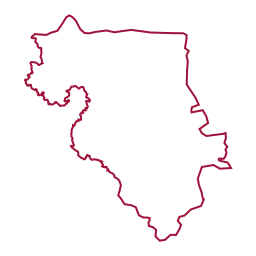 Kolokani, Koulikoro, Mali
{"feature_id": "8926073B69551700582235", "entity_name": "Kolokani", "entity_type": "district", "adm_level": 2, "iso_a3": "MLI", "parent_name": "Mali", "parent_adm1": "Koulikoro", "projection": "mercator", "projection_center": [-8.433, 13.688], "detail": "fine", "context": "isolated", "style": "outline", "palette": "rose", "viewbox_px": 256, "rotation_deg": 0, "n_neighbors": 0, "source": "geoboundaries", "source_scale": "gbopen_adm2", "svg_char_len": 4370}
<svg xmlns="http://www.w3.org/2000/svg" viewBox="0 0 256 256"><path d="M34.7,34.1L34.0,35.0L32.4,36.2L32.2,36.3L31.9,36.8L31.6,37.6L31.7,37.9L32.2,38.1L33.8,38.2L35.1,38.1L35.8,38.7L35.6,40.8L35.2,41.8L36.9,43.3L37.7,44.7L37.6,46.3L39.1,47.9L41.1,48.0L41.4,48.6L41.1,50.3L41.4,51.6L41.4,53.1L41.3,53.8L40.5,56.9L41.3,58.5L41.7,59.4L42.0,62.4L42.6,63.2L41.7,63.6L40.7,64.0L39.7,64.8L39.4,65.0L38.8,65.0L38.7,65.0L37.8,63.9L36.0,62.7L34.6,62.4L31.6,62.0L31.3,62.2L30.8,62.4L30.5,63.4L31.2,64.9L31.5,65.7L31.6,67.9L31.4,69.3L32.5,72.3L32.5,72.8L32.3,73.2L31.6,73.0L31.3,72.9L31.1,73.1L30.0,74.4L29.4,74.7L28.7,74.7L28.2,74.7L28.1,74.8L27.8,75.2L27.9,75.7L29.6,77.1L27.6,79.3L26.9,79.7L26.2,79.7L25.3,79.6L25.2,79.7L25.0,80.1L25.3,80.9L26.0,81.6L25.8,83.3L26.3,83.7L27.4,85.5L28.0,85.5L29.1,86.2L28.6,85.3L28.6,85.1L29.2,84.8L30.3,85.2L30.9,85.0L31.3,87.7L32.2,88.6L34.0,89.6L34.9,90.0L35.2,89.8L35.9,89.1L36.7,89.6L36.8,91.3L37.3,92.4L38.1,92.6L38.5,93.9L37.9,94.7L38.3,95.0L39.0,95.3L40.7,94.9L41.5,94.2L42.4,93.6L42.1,92.8L42.6,92.5L42.7,92.4L43.3,92.3L43.7,92.6L43.7,93.4L42.5,94.7L42.3,95.5L43.2,95.6L44.0,96.7L44.3,97.9L43.8,98.8L44.4,99.5L44.8,100.0L46.5,99.7L47.4,99.9L47.6,100.6L48.1,100.9L48.3,103.5L49.2,103.4L49.2,104.3L50.3,104.0L51.2,104.5L51.6,104.7L53.4,104.0L54.8,103.2L55.5,102.5L55.3,102.2L55.9,102.1L56.3,102.1L57.1,103.0L57.8,103.7L59.4,104.9L60.1,106.0L62.0,105.6L62.8,105.5L64.7,105.4L65.7,104.1L67.1,103.3L67.1,102.3L69.1,101.2L69.1,100.6L68.2,100.1L67.7,100.5L66.7,101.1L65.0,101.4L64.6,101.2L65.0,98.6L65.5,98.0L67.1,97.2L68.4,96.5L69.4,94.5L69.0,93.7L69.0,92.6L67.1,91.7L66.5,91.1L67.1,90.6L68.9,90.2L70.0,89.4L70.9,87.4L71.8,86.5L73.6,86.6L75.1,85.9L76.1,86.3L77.8,87.8L78.1,88.0L78.9,88.6L81.4,86.9L82.1,87.0L82.3,87.0L83.0,87.0L83.7,87.9L83.9,89.1L84.1,90.1L84.7,91.1L85.6,91.6L86.6,93.9L87.3,94.2L86.5,95.9L86.1,97.2L86.6,97.6L87.8,97.9L89.2,99.1L90.0,100.4L89.4,101.1L89.3,101.6L88.4,101.2L88.2,101.0L86.6,100.9L86.0,101.2L86.7,103.0L87.1,105.0L87.8,106.5L87.0,108.4L85.6,108.0L85.4,109.2L85.8,110.3L85.0,110.5L83.6,110.1L82.9,110.9L82.5,111.4L83.2,112.6L82.3,113.3L80.9,113.2L80.4,113.8L80.2,114.6L80.2,115.5L81.0,116.3L81.1,119.2L80.7,119.9L79.6,119.7L78.7,119.6L79.1,120.3L78.3,121.1L77.2,121.3L76.7,121.1L75.9,122.0L75.3,122.8L75.1,124.4L74.1,125.6L73.0,125.2L73.1,126.8L72.4,128.0L71.5,130.3L71.7,131.8L71.3,133.4L71.6,137.0L72.5,138.0L72.4,140.0L72.4,140.6L72.2,140.6L73.0,143.0L73.8,144.6L73.7,145.8L72.7,145.8L71.0,145.9L71.2,146.6L72.0,147.5L76.1,150.7L77.7,151.4L78.4,153.3L78.1,154.9L79.1,156.3L80.2,156.9L80.8,157.6L83.1,158.5L83.5,158.9L83.8,159.3L84.9,159.1L85.9,157.7L86.0,156.9L86.6,156.5L86.9,155.2L87.6,155.0L88.7,156.0L89.6,156.0L89.7,157.2L90.7,159.0L90.8,159.2L92.4,159.9L94.0,159.2L94.9,159.5L95.5,159.5L96.3,159.4L97.5,160.2L99.0,160.1L99.6,160.6L100.0,161.0L100.3,161.4L100.6,161.3L101.4,161.2L102.0,161.5L101.3,162.1L101.1,162.2L101.2,162.3L102.4,163.8L103.1,165.0L102.7,165.6L102.1,166.4L104.7,167.4L105.4,166.7L106.4,167.0L107.6,169.2L107.4,170.2L108.4,169.7L108.7,170.5L109.0,171.5L110.8,172.7L111.8,173.0L112.6,173.6L113.0,173.8L114.3,175.2L114.5,176.5L114.6,177.3L116.3,177.8L118.6,179.9L119.5,181.2L120.9,185.2L119.8,190.1L118.2,195.5L120.4,197.8L124.6,204.2L131.1,205.2L135.8,207.2L138.9,215.3L143.4,217.5L147.4,217.5L149.7,218.1L149.6,220.4L148.5,222.3L148.9,226.0L153.0,227.2L156.1,230.0L155.5,236.3L159.6,240.6L164.9,239.9L170.6,234.8L176.0,235.0L179.2,229.6L181.1,224.8L177.8,220.9L179.4,216.9L184.6,215.5L190.8,209.5L201.1,205.9L203.3,200.5L203.9,199.4L203.5,199.2L203.0,198.9L202.1,195.2L201.7,192.6L198.9,184.8L197.8,178.6L201.9,167.0L213.4,165.0L220.0,168.7L231.0,168.0L229.4,165.1L227.4,162.4L223.1,161.5L219.2,160.5L218.7,159.5L219.1,158.5L220.2,158.4L221.6,159.0L222.3,158.8L223.6,158.7L225.2,156.9L226.5,152.5L225.5,149.6L227.2,146.7L225.6,144.6L224.4,142.9L225.9,138.1L225.5,133.0L222.9,133.9L212.4,135.2L206.5,136.0L202.0,133.3L199.5,129.0L208.1,123.0L206.3,116.3L202.7,110.2L191.5,112.4L191.3,110.7L191.9,107.3L198.8,104.7L195.4,97.6L186.7,84.5L187.1,71.2L187.2,68.8L187.8,61.0L186.4,55.7L188.7,50.9L185.0,48.2L186.5,38.8L186.6,35.1L183.4,33.3L170.3,33.1L150.8,32.5L131.3,29.9L121.4,31.2L114.6,32.3L106.4,30.5L95.5,31.9L88.7,33.4L84.3,32.9L80.2,29.0L75.7,20.5L72.5,17.1L69.3,15.4L66.3,17.2L62.3,23.7L57.3,30.9L51.3,32.6L46.4,34.9L34.7,34.1Z" fill="none" stroke="#9f1239" stroke-width="2"/></svg>